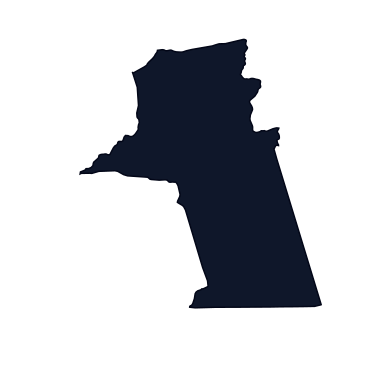 map outline of Tarija (Mercator projection), rotated 73°
{"feature_id": "BOL-1941", "entity_name": "Tarija", "entity_type": "Department", "adm_level": 1, "iso_a3": "BOL", "parent_name": "Bolivia", "parent_adm1": "", "projection": "mercator", "projection_center": [-64.397, -21.882], "detail": "fine", "context": "isolated", "style": "filled", "palette": "ink", "viewbox_px": 384, "rotation_deg": 73, "n_neighbors": 0, "source": "natural_earth", "source_scale": "10m", "svg_char_len": 3869}
<svg xmlns="http://www.w3.org/2000/svg" viewBox="0 0 384 384"><g transform="rotate(73 192 192)"><path d="M301.5,227.9L300.7,227.6L300.4,226.9L300.3,226.0L299.9,225.0L298.8,223.8L294.7,220.9L290.2,218.7L288.9,217.3L288.2,215.4L288.1,212.2L287.5,210.9L287.8,210.1L287.8,209.1L287.2,205.2L286.9,204.2L285.5,203.9L281.4,203.1L267.3,203.9L267.2,203.9L237.3,203.7L207.3,203.5L203.7,204.2L202.1,205.0L197.7,209.0L196.6,208.5L192.7,205.0L190.8,204.1L181.9,203.5L179.3,204.0L178.0,204.6L177.6,204.9L177.6,205.5L176.7,207.8L176.3,209.8L176.0,210.6L175.3,211.4L174.5,211.7L173.9,212.0L173.4,212.3L172.5,214.0L171.1,219.8L168.1,227.4L167.4,228.5L165.5,229.6L164.8,230.3L157.7,248.9L155.4,252.3L150.5,257.0L149.1,259.5L145.0,275.0L144.9,282.4L144.1,284.4L141.8,292.4L142.0,293.7L140.2,292.8L139.8,288.0L138.7,286.5L139.4,284.1L139.1,281.3L137.8,279.0L135.7,278.0L134.7,277.2L132.2,271.7L131.2,270.9L130.4,270.6L129.7,270.0L129.5,268.5L129.6,267.3L130.1,265.3L130.2,264.2L130.5,263.1L131.3,262.2L132.0,261.2L132.2,259.6L126.9,254.4L125.5,252.5L124.9,250.1L124.6,249.5L122.9,248.4L122.3,247.6L122.4,246.6L123.1,244.6L123.0,243.4L121.7,242.3L119.7,240.9L118.5,239.1L119.4,236.7L120.7,235.2L121.3,233.8L121.3,232.1L120.4,230.0L119.6,228.8L117.1,225.7L116.2,225.0L114.3,224.6L112.1,223.5L110.3,222.1L108.3,221.8L107.5,221.6L106.7,221.7L105.0,222.5L104.1,222.6L100.3,221.7L93.7,217.9L75.8,213.7L59.6,213.9L61.2,213.9L61.1,213.6L58.5,201.4L57.6,198.3L57.2,197.9L56.5,197.3L55.3,195.6L52.9,190.8L51.4,188.5L50.7,187.7L49.7,186.8L49.1,186.0L48.6,185.2L48.2,184.8L47.7,184.3L47.4,184.1L46.4,183.6L47.2,178.9L47.9,177.3L48.8,176.4L49.3,175.6L49.6,174.7L49.9,171.7L50.1,170.8L50.5,170.1L50.8,169.8L52.1,168.3L53.4,166.1L55.0,161.7L55.3,160.4L55.4,159.4L55.3,156.1L55.7,150.3L58.3,129.7L58.2,127.6L58.2,123.5L58.3,122.5L59.9,116.8L61.1,98.2L61.3,97.5L61.7,96.9L62.2,96.2L62.8,95.9L63.3,95.9L63.8,96.1L64.6,96.7L65.1,97.0L66.7,97.5L67.2,97.6L67.8,97.5L69.1,97.0L69.7,96.8L70.2,96.8L70.7,97.0L71.4,97.7L74.4,101.4L74.5,101.4L74.7,101.5L75.2,101.5L75.8,101.3L76.5,101.4L77.1,102.1L77.4,102.4L77.8,102.5L78.3,102.4L79.1,102.1L79.8,101.9L80.3,102.0L80.7,102.3L81.4,103.0L81.8,103.3L82.3,103.4L82.9,103.5L84.1,103.4L84.6,103.4L85.1,103.6L85.5,103.9L85.8,104.4L86.0,104.9L86.1,105.4L86.3,105.9L86.7,106.2L87.8,106.6L88.3,106.8L88.7,107.1L89.0,107.5L89.3,107.9L89.5,108.3L89.8,108.6L90.1,109.0L90.6,109.3L92.0,110.0L92.4,110.3L92.8,110.6L93.1,111.0L93.5,111.3L93.9,111.4L95.1,110.8L96.9,110.3L98.4,109.5L99.1,108.9L99.5,108.3L99.7,107.1L99.9,106.5L100.6,105.1L100.8,104.5L100.8,103.9L100.7,102.7L100.9,101.4L101.5,100.0L102.9,97.8L103.7,96.2L104.6,94.9L105.3,94.4L106.0,94.1L106.6,94.3L107.0,94.4L108.3,95.1L108.8,95.3L109.4,95.4L110.6,95.4L111.1,95.5L111.6,95.7L111.9,96.0L112.2,96.5L112.7,98.0L113.0,98.4L113.3,98.8L115.1,99.8L115.5,100.1L116.2,100.8L116.6,101.4L118.4,103.5L118.7,103.9L121.0,109.2L121.2,109.6L121.5,110.0L121.9,110.3L122.4,110.6L123.1,110.7L123.9,110.7L126.9,109.9L128.6,109.7L129.3,109.7L130.5,109.9L131.0,110.1L131.8,110.7L135.3,113.6L138.8,115.2L140.5,115.5L146.2,114.9L147.5,115.0L150.0,115.8L150.8,115.9L151.5,115.8L152.0,115.5L152.4,115.1L152.9,114.6L153.3,114.2L153.6,113.7L153.8,113.2L154.0,112.7L154.1,112.0L154.2,110.0L154.2,109.4L153.7,107.9L153.8,107.4L154.2,106.5L154.3,106.1L154.4,105.5L154.5,104.9L155.2,104.0L155.6,103.4L155.7,102.8L155.8,102.2L155.2,96.1L155.3,93.6L155.4,92.7L155.5,92.1L156.3,90.3L156.9,90.6L158.1,92.0L159.4,92.9L160.5,92.7L162.0,92.2L164.0,92.2L165.9,92.7L166.7,93.4L167.0,95.2L167.9,95.8L170.6,95.9L171.2,95.7L172.3,95.5L172.9,95.7L172.2,96.9L172.0,97.9L172.7,99.0L174.6,100.7L174.6,101.1L176.6,101.1L185.4,101.3L337.5,101.4L337.6,101.5L337.2,108.2L334.2,118.7L331.1,129.3L327.7,140.7L324.3,152.6L321.0,163.5L316.6,178.3L313.1,189.9L308.9,203.9L306.4,213.0L303.7,222.8L301.5,227.9Z" fill="#0f172a" stroke="#020617" stroke-width="1.5"/></g></svg>